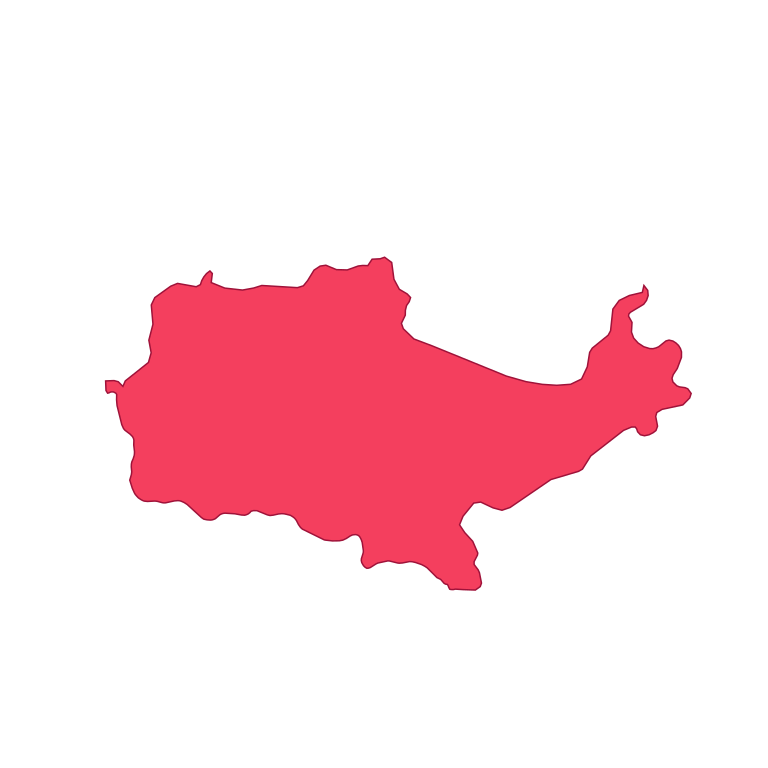 an SVG outline of Salerno, rotated 137°
{"feature_id": "ITA-5400", "entity_name": "Salerno", "entity_type": "Province", "adm_level": 1, "iso_a3": "ITA", "parent_name": "Italy", "parent_adm1": "", "projection": "albers", "projection_center": [15.247, 40.421], "detail": "fine", "context": "isolated", "style": "filled", "palette": "rose", "viewbox_px": 768, "rotation_deg": 137, "n_neighbors": 0, "source": "natural_earth", "source_scale": "10m", "svg_char_len": 3483}
<svg xmlns="http://www.w3.org/2000/svg" viewBox="0 0 768 768"><g transform="rotate(137 384 384)"><path d="M585.5,576.1L579.1,570.6L576.8,566.9L576.6,560.3L571.1,562.7L541.6,560.4L533.0,565.6L526.1,576.4L512.2,585.3L500.3,600.5L492.7,603.5L473.3,601.0L466.4,598.4L455.0,583.2L450.5,581.9L446.8,583.9L442.7,585.2L438.5,585.8L434.2,585.4L434.2,581.9L441.2,576.0L435.0,562.7L423.4,549.2L413.9,543.1L406.2,539.4L381.6,513.5L376.0,510.8L369.4,511.7L357.5,515.0L350.3,513.8L345.5,510.5L340.8,500.1L333.1,492.5L322.4,487.9L318.7,485.2L315.1,481.6L307.6,483.4L301.4,478.2L297.1,476.3L295.5,467.6L305.3,453.8L308.2,442.8L305.6,434.0L305.6,429.1L309.4,427.0L314.0,426.0L318.1,423.3L321.5,419.8L329.9,416.5L332.2,411.2L331.4,396.5L322.8,379.1L289.1,306.3L278.5,288.8L268.4,275.7L258.5,265.2L247.7,256.5L236.1,252.9L223.6,257.9L212.0,266.9L207.2,268.2L186.8,266.8L182.0,268.4L165.5,282.7L155.0,284.7L144.2,281.4L132.6,274.8L126.7,278.8L127.3,272.6L130.5,268.5L135.0,266.1L139.7,265.2L154.9,268.4L157.2,268.2L158.9,266.8L160.6,259.9L167.6,253.2L170.1,247.3L170.2,240.6L168.6,234.1L165.5,228.7L163.2,226.4L160.5,224.9L157.7,223.9L148.4,223.2L145.6,221.7L143.4,218.4L142.5,214.9L142.3,211.3L143.0,207.8L144.5,204.6L148.3,200.6L159.0,195.3L166.1,193.6L169.4,191.8L171.3,188.5L171.1,183.0L169.9,180.4L166.3,176.0L165.1,173.3L165.8,167.6L169.9,165.3L179.7,164.9L197.9,175.8L203.9,177.1L207.4,175.0L212.7,166.6L216.8,164.5L220.3,164.8L224.8,166.1L228.8,168.5L231.1,172.0L231.1,176.1L229.8,178.9L229.6,181.2L232.3,183.7L240.4,186.7L281.8,190.4L296.9,186.4L301.2,187.4L327.1,200.3L376.0,207.7L383.8,211.2L388.7,219.0L393.8,231.7L399.6,235.7L416.4,233.4L424.8,229.5L426.3,220.3L426.4,208.4L430.7,196.4L432.4,195.1L439.3,192.6L441.2,190.5L441.9,183.8L442.9,180.9L448.5,171.9L451.8,170.2L457.7,171.0L466.3,179.6L471.7,185.3L473.4,186.3L475.1,187.9L475.9,189.1L475.3,191.2L474.7,192.6L474.3,194.1L475.5,195.7L476.0,197.3L475.9,199.5L475.8,202.4L477.3,206.3L477.8,220.1L478.5,223.0L479.7,226.4L482.7,232.0L484.6,234.8L486.4,236.7L492.5,240.5L495.1,242.6L496.2,243.9L500.7,250.8L501.8,252.0L510.7,257.3L512.7,257.9L519.2,259.1L520.9,259.9L522.2,260.9L522.8,262.8L522.9,265.1L522.1,268.5L521.0,270.4L519.6,271.7L515.2,274.2L513.8,275.1L512.6,276.4L508.0,283.0L506.9,285.4L506.4,286.9L506.0,288.6L505.9,289.8L506.3,291.5L507.4,293.2L509.9,295.1L512.3,295.9L516.9,296.7L520.6,297.9L523.6,299.8L528.7,304.4L533.0,309.4L534.0,310.7L542.7,333.6L542.9,336.0L542.4,339.6L541.2,343.7L541.0,345.2L540.9,347.0L541.3,349.3L542.0,351.8L544.2,355.2L545.6,357.2L547.1,358.8L549.8,360.9L554.4,363.6L557.1,365.6L558.6,367.9L563.3,378.0L565.8,380.4L568.0,381.6L569.9,381.4L572.0,381.6L573.7,382.2L575.3,383.0L577.6,385.4L581.6,390.8L588.4,398.0L589.8,399.0L591.4,399.8L593.2,400.3L599.2,400.5L600.9,401.1L602.5,401.9L603.8,402.9L606.1,405.4L608.0,408.1L608.6,410.9L610.1,430.1L611.0,433.6L612.3,436.7L613.2,438.1L614.3,439.3L617.1,441.5L624.7,446.0L626.0,447.1L627.1,448.4L629.7,452.6L630.7,453.9L631.9,455.1L637.1,459.4L639.3,462.0L640.1,463.7L640.7,465.6L641.3,468.3L641.3,470.7L641.2,472.9L640.8,474.7L639.2,479.4L635.5,487.1L630.6,490.0L628.4,491.8L625.4,495.7L623.4,497.7L621.6,499.0L618.4,500.4L615.4,502.1L614.2,503.1L612.6,504.7L608.6,510.1L605.4,513.3L604.4,514.9L603.8,517.0L603.9,520.5L605.0,526.9L604.9,529.0L603.5,533.1L594.0,550.2L590.4,554.8L586.6,558.7L586.4,560.3L587.3,562.8L588.6,564.0L589.7,564.7L591.2,565.1L592.4,565.8L591.8,568.8L585.5,576.1Z" fill="#f43f5e" stroke="#9f1239" stroke-width="1.5"/></g></svg>